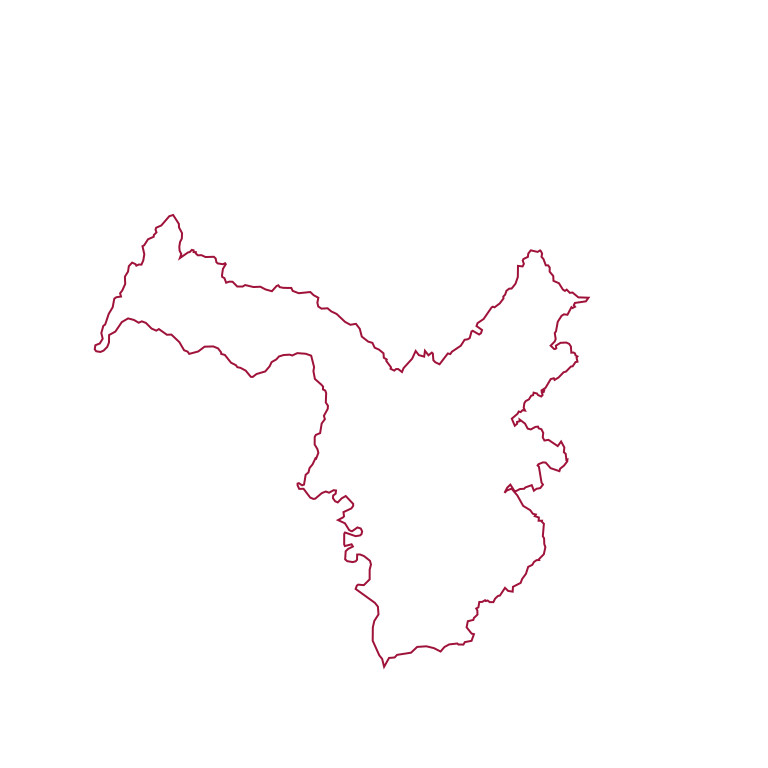 the district of Kyaukse, Mandalay, Myanmar, rotated 235°
{"feature_id": "60261553B75007894173024", "entity_name": "Kyaukse", "entity_type": "district", "adm_level": 2, "iso_a3": "MMR", "parent_name": "Myanmar", "parent_adm1": "Mandalay", "projection": "mercator", "projection_center": [96.313, 21.579], "detail": "fine", "context": "isolated", "style": "outline", "palette": "rose", "viewbox_px": 768, "rotation_deg": 235, "n_neighbors": 0, "source": "geoboundaries", "source_scale": "gbopen_adm2", "svg_char_len": 6166}
<svg xmlns="http://www.w3.org/2000/svg" viewBox="0 0 768 768"><g transform="rotate(235 384 384)"><path d="M337.4,601.0L343.5,592.9L350.8,590.9L352.1,588.5L356.5,587.8L356.5,585.6L358.8,584.7L366.2,585.1L371.3,582.0L375.4,584.6L381.0,584.1L384.3,586.5L387.1,586.5L388.4,584.6L394.9,586.3L397.9,586.0L400.1,588.3L402.7,588.7L403.9,588.5L404.1,585.6L409.3,580.9L408.1,577.0L405.6,574.8L406.4,569.9L405.5,568.4L402.2,567.5L400.8,565.0L403.9,561.5L394.9,555.0L390.7,549.2L389.0,543.3L390.3,541.2L390.1,537.7L387.7,534.5L387.2,531.9L385.5,530.9L383.6,525.0L383.4,518.5L384.9,517.5L385.0,516.0L380.1,502.9L380.2,495.5L378.4,493.0L372.0,495.3L370.0,492.6L370.0,490.3L376.7,487.2L376.8,485.8L372.5,480.6L372.6,478.2L374.0,475.4L371.3,468.9L371.5,458.2L370.5,455.5L372.4,453.8L368.3,440.8L372.4,438.5L375.2,438.1L381.0,441.5L382.3,441.2L382.0,436.9L387.7,436.6L383.4,432.6L387.7,429.1L392.9,428.9L388.6,421.6L385.8,409.2L383.5,405.6L388.1,404.2L389.3,402.5L389.1,400.1L392.7,398.1L393.7,399.3L401.7,399.1L402.5,400.3L405.6,398.9L409.4,401.2L415.1,399.6L419.1,397.2L424.4,398.1L427.7,395.4L435.6,393.0L443.1,395.8L449.4,395.5L451.8,390.4L457.3,387.7L468.5,385.4L473.8,382.4L478.4,381.2L481.6,376.0L485.2,374.6L488.9,376.1L492.3,379.7L497.1,377.3L501.6,376.4L507.3,366.2L512.7,362.6L515.8,363.2L520.4,356.8L523.2,354.1L525.4,354.1L525.9,352.2L524.3,345.4L529.4,341.2L534.6,338.5L538.3,332.7L544.7,327.0L544.9,324.2L548.0,319.7L554.6,318.6L556.6,316.0L557.5,312.8L562.2,314.0L564.6,312.9L565.8,313.5L570.7,318.1L572.9,323.1L574.1,323.1L574.5,320.8L578.2,316.9L580.0,316.6L583.4,318.1L585.8,317.6L590.4,310.6L594.2,308.4L596.2,305.3L599.0,304.7L599.9,305.5L601.3,303.7L602.7,304.7L604.1,303.5L603.5,300.7L604.2,298.8L604.2,289.0L606.7,292.5L610.4,293.0L613.9,295.1L617.3,298.4L619.1,301.8L623.4,305.1L629.9,305.9L632.8,307.8L643.4,308.2L644.6,304.4L641.6,292.5L642.7,287.0L641.5,285.4L638.7,284.6L638.1,281.0L636.7,279.8L637.9,273.7L635.2,267.1L635.4,265.2L627.8,262.1L623.3,257.7L620.9,253.8L622.5,251.7L623.0,249.0L624.7,249.2L627.9,247.3L626.9,242.6L622.9,238.8L620.5,233.3L614.4,229.4L610.7,223.2L609.7,219.9L606.5,218.7L608.6,214.5L608.6,212.0L602.5,205.8L599.3,198.7L592.7,189.8L592.6,187.4L587.9,181.7L582.4,179.5L580.2,174.4L581.3,169.8L578.4,167.0L575.9,167.0L572.9,170.1L572.2,173.5L573.1,178.5L575.7,182.5L581.8,186.9L581.0,194.0L585.1,204.7L584.5,212.0L579.9,215.9L574.9,218.2L574.2,221.6L570.6,224.0L562.7,225.4L558.3,228.1L558.1,231.1L548.9,234.4L546.4,238.2L535.6,240.4L526.3,239.6L523.2,241.7L520.4,241.7L517.2,250.5L517.5,258.4L512.7,265.7L508.3,268.5L503.4,268.7L502.0,267.9L499.1,270.3L489.2,270.9L484.3,273.5L481.9,273.5L479.6,275.7L474.2,278.4L466.3,279.0L465.1,280.5L465.3,285.3L462.4,293.9L464.1,300.5L466.4,304.5L465.9,309.8L466.8,313.8L465.3,318.4L462.2,323.5L460.0,325.2L459.0,330.7L453.7,337.2L449.0,340.6L437.9,336.4L435.1,333.6L427.8,330.3L419.3,332.3L416.8,332.6L414.6,330.9L412.3,332.1L409.7,331.4L402.2,325.7L398.3,325.6L395.9,323.6L392.4,316.5L389.1,315.4L387.4,310.3L380.4,303.5L381.4,298.9L380.3,296.8L374.2,292.5L368.8,292.1L365.2,290.7L361.8,285.6L362.5,285.3L359.1,279.3L357.9,274.9L354.9,271.4L354.6,267.8L347.5,260.8L348.0,258.8L351.6,257.4L352.0,256.1L350.6,255.1L346.7,254.4L344.3,258.0L333.4,258.4L330.4,260.2L329.5,261.9L330.3,270.5L329.3,274.7L326.5,276.6L325.9,281.8L324.3,283.6L321.9,281.5L321.8,278.4L319.8,276.7L316.0,276.7L313.5,278.2L314.6,283.7L314.2,288.4L303.5,290.0L301.8,288.8L300.8,285.9L302.3,277.3L298.6,275.4L298.2,274.2L298.9,268.3L292.3,272.1L284.3,271.7L282.3,272.8L281.7,273.4L281.7,280.0L278.9,282.1L275.7,281.5L273.9,279.4L273.7,277.5L275.6,273.5L284.7,266.9L284.1,265.5L275.5,259.4L273.7,259.0L271.3,265.5L268.7,265.3L269.5,260.0L269.0,256.7L262.6,251.6L259.9,252.3L256.1,256.2L255.0,259.0L255.5,261.1L259.7,264.2L258.2,266.5L254.6,268.9L247.2,271.1L243.6,269.8L240.2,265.8L232.2,260.2L230.8,252.1L234.5,247.7L234.4,246.1L232.4,243.2L210.0,251.0L205.1,251.3L198.4,247.3L195.5,240.2L191.1,235.3L180.2,227.5L164.4,224.5L159.9,224.8L152.3,221.9L156.7,231.0L153.9,235.8L154.6,239.4L148.4,252.0L149.6,260.4L144.8,268.3L139.0,273.4L132.4,276.9L133.9,282.6L133.3,288.0L129.4,295.2L127.9,295.5L125.0,299.6L126.2,302.2L123.4,308.4L127.5,314.2L129.3,312.6L137.3,312.1L141.6,316.6L139.5,321.9L140.8,323.5L141.5,328.3L145.0,330.6L147.2,330.8L146.9,333.2L150.8,337.1L149.2,339.4L148.9,342.8L147.8,342.9L147.2,344.7L144.7,345.5L142.6,348.5L144.5,352.0L145.0,355.9L144.2,357.6L147.6,366.2L143.3,367.0L140.1,370.3L143.9,373.3L142.7,381.8L145.1,385.4L147.1,391.4L151.5,397.2L150.8,401.8L152.2,404.7L152.2,407.9L150.8,410.1L151.6,410.3L152.9,417.3L157.8,422.6L161.0,423.5L165.7,426.6L168.2,426.8L177.8,434.8L180.8,434.3L181.4,435.0L183.3,432.2L185.8,434.3L189.3,431.7L190.0,433.5L192.3,431.5L196.8,431.4L204.3,428.1L216.2,429.3L225.1,428.5L226.3,423.5L225.7,420.3L228.4,425.5L229.1,429.8L221.6,429.5L220.6,430.6L220.0,435.1L217.8,438.7L218.2,440.5L216.4,447.0L210.6,445.6L210.7,448.8L209.1,452.3L210.4,456.5L212.9,456.5L227.5,463.5L229.2,463.1L229.7,464.5L228.6,469.3L226.8,471.4L219.5,472.2L212.0,477.7L213.6,479.7L213.9,484.6L215.5,489.7L217.0,491.0L217.3,489.9L222.6,492.8L225.0,492.2L228.5,495.3L235.3,496.1L233.5,490.7L243.9,486.7L245.7,483.0L249.2,483.4L252.6,486.4L256.7,487.0L258.9,485.3L260.8,485.7L262.0,483.4L262.6,478.2L265.0,476.1L270.7,476.8L277.2,474.7L275.7,473.8L276.6,471.2L275.1,470.3L274.8,467.2L282.3,468.8L283.0,476.3L284.2,478.6L282.6,479.8L283.1,482.5L281.3,484.3L284.4,484.8L287.8,488.0L288.7,490.2L288.3,494.0L290.0,497.8L289.3,499.7L291.1,501.6L288.4,503.9L286.7,503.8L283.6,505.6L284.0,507.6L286.8,508.5L285.8,510.1L286.6,511.2L287.2,509.8L288.4,509.6L288.2,514.1L292.4,523.4L291.3,526.4L289.5,526.1L289.2,530.7L290.6,537.8L289.8,540.3L291.1,547.1L290.3,548.7L292.1,553.4L291.3,555.3L295.1,556.8L295.6,558.3L297.6,557.3L299.4,558.0L301.1,557.3L302.2,555.4L307.5,558.6L310.6,558.7L313.4,557.1L316.5,552.2L316.8,546.8L314.4,545.6L314.5,544.2L315.2,543.4L319.8,542.5L320.9,548.2L322.3,550.4L327.8,553.1L328.5,555.1L335.3,562.0L338.0,568.5L337.9,571.3L335.5,574.0L339.4,581.6L338.1,582.0L337.7,584.8L339.7,584.7L340.9,586.9L335.9,596.8L337.4,601.0Z" fill="none" stroke="#9f1239" stroke-width="2"/></g></svg>